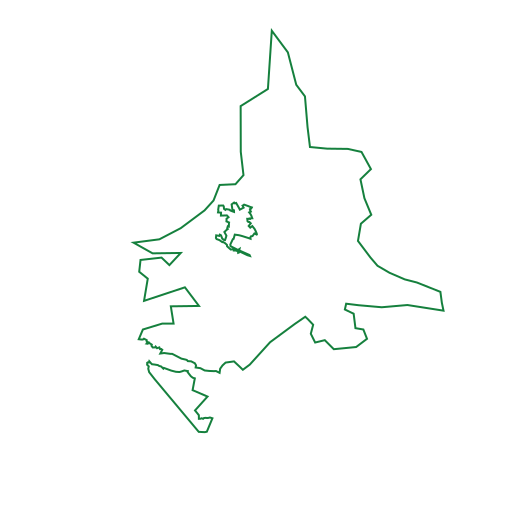 outline of Urtachirchik, Tashkent, Uzbekistan, rotated 230°
{"feature_id": "79887680B65075786438492", "entity_name": "Urtachirchik", "entity_type": "district", "adm_level": 2, "iso_a3": "UZB", "parent_name": "Uzbekistan", "parent_adm1": "Tashkent", "projection": "robinson", "projection_center": [69.308, 41.051], "detail": "fine", "context": "isolated", "style": "outline", "palette": "green", "viewbox_px": 512, "rotation_deg": 230, "n_neighbors": 0, "source": "geoboundaries", "source_scale": "gbopen_adm2", "svg_char_len": 3547}
<svg xmlns="http://www.w3.org/2000/svg" viewBox="0 0 512 512"><g transform="rotate(230 256 256)"><path d="M344.9,170.8L324.5,178.5L306.7,200.3L304.7,183.8L315.5,182.6L327.2,165.0L319.0,156.4L308.2,158.5L293.6,141.4L277.7,181.4L254.4,180.2L272.2,158.4L257.2,149.4L264.5,140.7L272.4,122.1L267.6,112.7L265.8,114.4L264.7,115.7L264.7,117.0L261.8,118.2L260.6,117.2L259.2,118.0L259.1,116.0L258.5,116.5L258.0,118.3L255.1,119.2L254.4,118.2L252.3,118.1L250.8,120.0L251.1,120.9L249.0,120.9L248.1,123.2L246.4,122.6L245.7,123.6L244.4,123.9L242.8,120.0L240.7,123.3L236.2,127.4L234.9,128.9L228.2,131.7L225.3,132.9L221.6,135.7L220.7,136.2L219.3,136.2L217.0,138.6L213.2,140.2L210.8,139.8L209.4,138.1L205.8,141.3L201.3,143.1L198.0,146.3L194.8,149.8L193.6,151.4L189.9,153.0L192.7,156.1L193.7,160.0L193.9,164.2L189.4,171.4L182.1,172.3L177.3,172.8L176.8,181.4L180.9,211.4L179.0,242.1L177.8,254.7L174.4,255.1L166.6,255.6L161.2,248.0L151.7,245.7L147.3,254.6L134.6,255.7L121.9,274.2L121.2,287.8L130.7,291.0L136.8,285.8L149.0,293.7L157.9,289.7L161.5,294.4L152.3,303.0L135.9,319.4L121.1,340.5L93.6,364.5L100.7,368.3L110.0,374.2L132.3,362.2L142.5,354.9L157.3,347.5L170.4,342.8L181.4,342.7L202.0,343.8L213.3,357.1L213.5,370.8L230.6,376.2L247.6,385.3L248.7,399.9L267.9,403.7L279.0,395.2L292.5,379.5L304.8,367.4L321.7,378.4L346.8,396.1L361.3,396.9L391.5,411.3L418.4,412.9L376.3,372.5L380.7,340.6L345.6,311.3L326.0,298.4L324.2,286.4L333.8,273.8L325.8,259.1L324.0,245.9L325.7,216.2L330.9,192.7L344.9,170.8ZM295.0,240.8L295.6,242.0L294.3,242.5L291.0,241.3L288.9,241.8L288.1,242.5L289.6,245.0L290.6,246.4L292.2,246.7L294.7,247.2L294.9,250.2L294.8,251.7L295.7,251.7L296.9,253.5L296.0,254.1L298.8,256.6L299.0,256.9L301.5,255.6L302.0,256.1L303.5,257.4L303.4,259.9L305.8,259.8L309.5,255.1L311.7,257.1L313.8,254.9L315.1,256.5L315.8,256.8L318.5,259.9L315.8,263.3L314.7,263.2L312.7,261.8L311.0,262.2L311.1,263.3L310.7,263.5L310.4,263.9L308.3,265.6L307.5,265.5L305.6,266.5L303.9,267.5L305.2,268.5L306.6,267.7L311.2,270.5L311.0,273.6L309.8,273.7L309.4,274.9L304.0,273.9L301.9,273.4L301.0,277.6L303.2,278.1L303.1,278.4L303.0,279.9L299.1,282.2L297.5,283.0L296.1,283.9L296.0,283.5L295.9,282.7L295.6,283.0L295.2,281.0L293.3,280.6L293.8,278.8L291.6,278.7L290.1,278.4L287.3,277.4L288.8,275.3L288.4,275.1L290.1,273.2L288.6,272.2L288.2,271.9L287.0,272.0L286.4,272.8L284.4,273.0L283.7,269.7L281.4,269.8L281.3,272.4L277.7,272.3L275.8,271.9L273.4,271.2L272.1,270.7L272.0,270.3L274.3,269.3L273.5,266.1L274.3,264.9L274.0,263.8L272.7,262.9L274.7,261.7L279.9,258.4L281.8,257.1L282.3,256.7L282.9,256.3L286.0,253.5L283.5,249.8L283.8,249.1L281.3,243.7L279.9,242.8L272.2,246.1L272.0,247.9L271.1,246.7L260.9,251.7L259.9,251.4L262.2,249.9L270.1,246.3L269.6,245.3L269.9,244.4L270.9,245.1L272.8,244.4L274.5,242.5L275.5,243.4L277.2,240.8L280.5,240.3L282.0,240.1L283.3,240.9L285.9,240.5L288.2,239.7L288.3,239.1L291.7,238.2L294.3,236.7L295.6,236.9L297.4,238.8L295.0,240.8ZM226.6,99.2L158.1,99.1L154.0,103.5L153.0,105.4L159.7,118.3L161.9,116.9L162.5,115.6L163.3,114.4L164.4,113.4L165.3,112.0L165.3,110.8L166.6,110.1L167.1,108.8L168.0,107.6L170.8,109.9L176.9,110.0L179.5,128.5L194.0,121.2L201.6,130.5L203.4,129.3L205.8,128.8L208.6,128.9L211.0,129.0L211.6,129.8L214.4,127.5L215.3,125.0L216.3,122.8L218.8,120.2L222.7,117.4L227.4,114.7L229.5,113.5L229.3,112.6L230.6,112.5L232.4,112.3L233.9,111.2L235.5,110.7L238.2,108.4L240.0,106.7L241.8,106.6L244.0,106.6L243.3,105.5L244.1,104.7L244.1,103.9L242.9,103.1L242.7,102.7L240.4,102.9L238.9,101.0L235.7,99.5L226.6,99.2Z" fill="none" stroke="#15803d" stroke-width="2"/></g></svg>